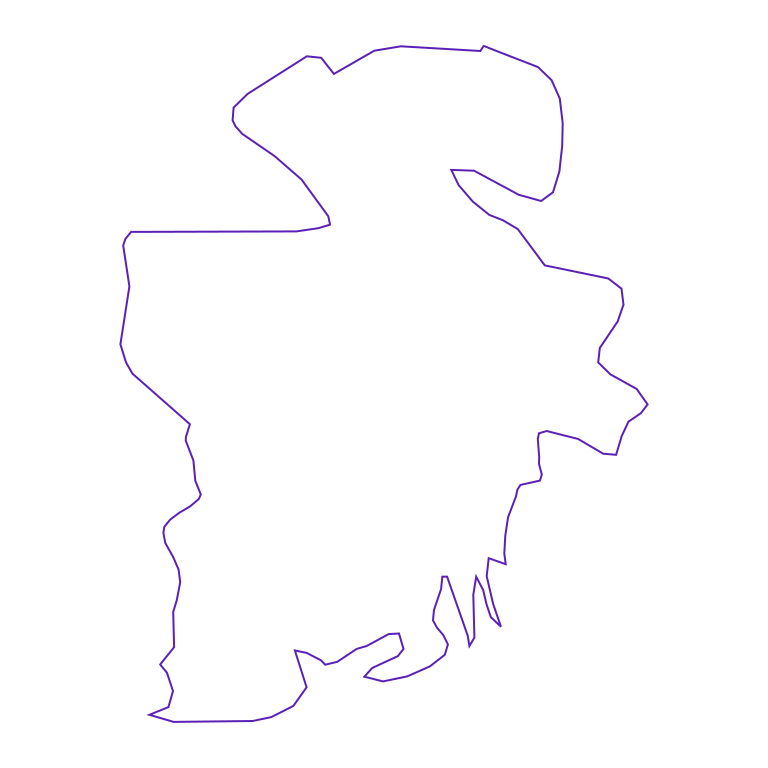 SVG path tracing the border of Vestfold
{"feature_id": "NOR-923", "entity_name": "Vestfold", "entity_type": "County", "adm_level": 1, "iso_a3": "NOR", "parent_name": "Norway", "parent_adm1": "", "projection": "natural_earth1", "projection_center": [10.149, 59.326], "detail": "fine", "context": "isolated", "style": "outline", "palette": "violet", "viewbox_px": 768, "rotation_deg": 0, "n_neighbors": 0, "source": "natural_earth", "source_scale": "10m", "svg_char_len": 1829}
<svg xmlns="http://www.w3.org/2000/svg" viewBox="0 0 768 768"><path d="M483.5,46.1L484.5,46.2L493.5,49.8L538.0,67.1L551.6,80.2L559.8,98.6L562.7,123.2L562.2,145.8L559.4,171.4L553.0,192.3L541.1,201.0L518.8,194.8L474.0,170.7L451.3,169.9L458.7,185.2L472.9,201.7L489.3,214.9L503.0,220.3L517.8,229.1L544.8,265.4L608.3,278.5L621.5,288.7L623.5,304.7L617.7,321.4L599.8,348.0L598.2,362.4L610.4,374.4L636.7,389.0L647.6,404.4L641.0,413.1L628.5,421.6L621.7,436.1L616.1,454.8L603.1,453.7L578.2,439.0L546.6,431.0L539.0,433.3L537.8,439.0L539.2,457.1L539.0,463.8L541.8,474.7L539.9,480.6L520.5,484.9L517.4,489.6L516.0,496.4L508.1,517.1L505.3,535.6L504.3,553.5L505.7,564.2L488.7,558.2L486.7,576.2L493.1,603.8L500.9,626.7L490.8,617.1L486.5,604.2L483.2,590.1L476.2,576.7L473.3,594.7L474.4,637.6L469.4,646.0L467.7,635.6L447.1,576.7L442.3,576.7L441.1,589.0L434.0,609.9L433.0,620.4L436.8,627.4L443.4,635.3L447.9,644.4L444.8,654.8L430.0,666.3L407.2,676.4L383.0,681.4L364.3,676.7L372.2,668.0L397.9,656.1L403.5,648.9L399.0,633.5L388.6,634.1L366.7,646.0L356.7,648.9L337.3,661.8L325.2,664.7L321.1,660.4L306.7,652.9L294.9,650.5L306.6,687.3L293.4,705.9L271.3,717.1L252.6,721.0L173.6,721.9L149.4,714.8L168.4,707.1L173.0,691.1L167.0,672.8L160.2,664.5L160.3,664.3L174.1,647.2L173.2,612.0L176.8,600.1L180.2,582.3L178.6,569.6L173.2,557.1L165.3,543.0L163.4,532.9L164.3,526.8L170.2,519.6L179.2,512.8L190.2,506.3L198.9,498.9L200.8,494.4L195.3,480.8L193.4,460.5L185.8,440.8L185.9,437.0L189.9,424.2L132.5,373.7L126.1,362.6L120.4,344.3L129.4,286.4L123.2,245.4L125.4,238.9L131.1,231.9L296.5,231.4L318.2,228.2L329.9,224.7L329.9,223.6L329.7,223.0L328.3,216.3L301.6,179.6L274.6,156.1L242.4,134.0L235.6,126.5L232.6,120.4L233.6,107.6L247.7,93.8L306.8,56.3L321.2,57.8L333.9,73.9L374.3,50.7L400.9,46.3L480.4,51.0L483.5,46.1Z" fill="none" stroke="#5b21b6" stroke-width="2"/></svg>